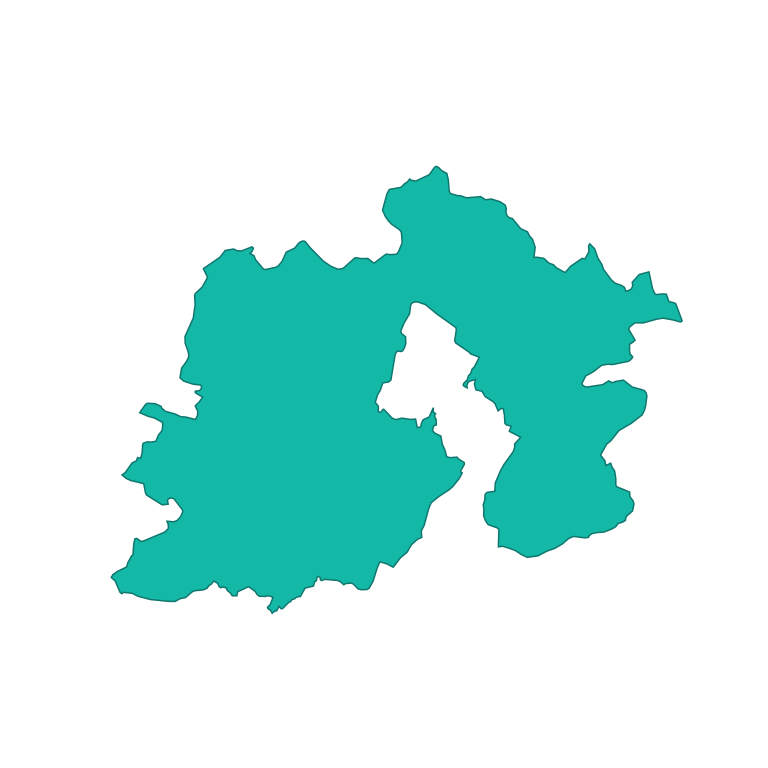 the district of Vi Xuyen, Hà Giang, Vietnam, rotated 79°
{"feature_id": "81297802B6357673458882", "entity_name": "Vi Xuyen", "entity_type": "district", "adm_level": 2, "iso_a3": "VNM", "parent_name": "Vietnam", "parent_adm1": "Hà Giang", "projection": "robinson", "projection_center": [104.991, 22.763], "detail": "fine", "context": "isolated", "style": "filled", "palette": "teal", "viewbox_px": 768, "rotation_deg": 79, "n_neighbors": 0, "source": "geoboundaries", "source_scale": "gbopen_adm2", "svg_char_len": 6160}
<svg xmlns="http://www.w3.org/2000/svg" viewBox="0 0 768 768"><g transform="rotate(79 384 384)"><path d="M486.2,324.2L485.1,325.3L483.7,325.2L478.3,320.5L476.4,320.2L471.7,325.3L469.7,326.3L468.9,333.3L467.4,336.3L460.3,336.8L454.1,338.3L445.9,338.1L442.4,343.0L439.0,345.4L434.5,343.1L434.1,340.4L428.6,339.6L425.0,340.7L422.9,339.0L420.9,341.0L416.7,340.1L425.0,346.0L426.6,352.4L429.8,354.8L432.8,356.0L433.3,356.7L433.0,359.7L424.4,359.7L423.8,364.9L420.9,373.0L421.2,379.3L418.8,382.7L408.7,389.1L408.9,390.1L410.9,392.1L410.7,394.2L409.6,394.8L404.8,393.8L400.4,396.1L393.4,392.4L389.3,388.7L382.7,385.0L382.9,379.2L381.5,376.5L358.2,367.8L355.4,366.2L354.2,364.4L355.3,361.4L355.1,359.4L352.3,357.0L348.5,354.9L341.8,353.8L337.8,357.2L335.1,357.4L327.8,352.5L320.1,345.6L311.5,342.7L309.7,340.8L309.3,337.5L310.2,334.7L314.0,328.1L325.2,318.9L342.3,302.7L344.7,302.7L355.1,306.4L357.6,305.6L369.4,294.0L370.9,293.4L375.9,285.3L384.4,292.0L386.3,294.8L389.8,296.6L392.2,299.6L395.8,301.5L398.5,305.5L399.8,306.4L401.1,306.2L403.7,303.1L401.1,302.9L398.3,301.0L397.5,298.7L397.1,293.2L401.2,295.3L407.3,294.9L409.8,289.2L415.8,287.0L422.3,280.1L424.7,278.7L432.2,277.1L430.7,274.5L430.6,272.2L431.2,271.7L437.0,271.7L445.9,272.8L447.5,271.6L449.7,267.3L454.4,270.0L462.3,260.0L467.8,267.2L471.1,267.8L475.1,270.1L485.8,281.5L491.4,286.2L502.3,293.6L510.5,295.8L510.0,303.4L511.6,305.8L517.3,307.3L521.6,309.7L526.3,309.9L532.2,311.3L537.5,310.5L541.9,308.6L546.9,300.2L548.9,299.0L565.7,302.8L566.0,298.3L569.0,292.7L572.3,287.2L578.0,281.2L581.5,276.4L582.1,265.7L579.2,256.2L578.0,248.0L575.1,239.6L571.0,232.3L570.2,229.3L569.9,226.6L573.3,216.5L573.6,212.6L572.0,211.4L570.6,208.6L570.4,204.1L571.3,196.3L569.8,188.1L568.3,183.8L565.6,180.7L565.1,175.9L563.8,173.0L561.0,171.9L559.8,170.7L556.0,164.2L549.4,161.5L546.3,161.8L541.5,164.1L536.9,163.5L529.2,175.3L527.1,175.7L521.1,174.5L513.5,174.2L508.9,176.1L505.0,176.6L506.4,181.9L501.5,181.8L495.1,185.0L485.5,176.9L483.0,172.2L474.5,162.2L469.9,149.0L463.6,136.5L458.9,133.0L454.9,131.2L445.8,128.2L442.7,128.4L440.0,129.7L434.3,140.9L425.9,148.2L425.7,155.7L426.3,159.7L423.8,162.8L426.4,169.6L425.7,185.1L425.0,187.2L423.2,189.2L421.2,189.6L414.5,184.4L412.0,176.4L407.2,166.8L407.3,160.2L408.5,156.1L408.4,140.3L407.7,138.0L405.7,135.2L404.8,134.7L401.7,136.6L398.5,136.7L391.8,135.3L390.4,131.5L388.8,129.2L376.9,133.4L375.0,132.1L372.3,127.0L372.0,125.1L373.5,117.9L372.4,103.9L372.6,97.6L376.1,88.4L379.7,81.2L379.0,79.3L361.2,82.2L360.1,83.0L357.4,88.6L349.7,89.7L348.7,93.5L348.2,99.6L347.3,100.8L342.0,102.2L324.5,102.5L325.2,112.5L331.5,120.9L335.2,121.1L337.9,123.1L339.0,126.4L338.9,129.0L335.1,129.5L332.6,132.0L329.0,138.1L325.1,141.0L313.5,146.6L308.3,147.3L301.2,150.0L291.5,151.4L285.6,155.3L287.7,156.9L293.2,157.6L299.0,162.3L299.5,163.1L298.5,165.5L304.1,178.5L308.9,184.4L308.5,185.8L302.9,192.5L299.3,194.9L296.8,199.0L291.1,203.2L288.6,210.2L288.4,212.7L278.6,209.5L270.3,210.6L266.6,212.9L262.0,214.1L257.6,220.2L246.1,226.4L244.7,229.2L242.8,230.9L238.6,231.6L235.5,230.5L231.6,230.8L227.2,235.3L222.9,243.3L222.6,249.0L218.5,253.4L217.0,267.5L214.1,272.3L212.9,276.3L209.7,282.5L207.1,283.2L195.8,281.9L189.3,282.1L185.5,286.7L181.6,289.3L180.3,291.5L181.3,293.5L187.2,299.6L190.8,314.0L189.4,318.0L187.7,319.7L190.0,322.3L191.2,325.4L194.2,329.8L194.0,341.6L198.0,344.9L213.1,352.3L220.1,350.6L224.8,348.5L228.8,345.9L235.4,339.4L238.4,338.0L248.9,339.2L256.9,344.5L259.0,346.9L258.3,352.7L256.9,357.2L263.3,370.3L262.8,371.6L257.7,375.8L256.6,382.4L254.7,387.3L254.8,388.8L262.6,401.9L262.8,405.8L262.1,408.0L258.2,413.8L251.7,420.2L235.9,430.6L229.0,434.2L228.2,436.0L228.4,438.4L229.5,441.0L233.5,445.5L235.9,454.8L244.2,460.7L247.8,465.2L248.8,468.0L249.0,478.6L248.1,480.4L237.6,486.3L233.1,487.2L230.4,490.6L229.0,488.5L226.2,486.5L225.4,486.4L224.2,487.6L226.2,498.5L225.1,502.9L222.8,505.8L222.6,514.4L228.2,520.7L236.3,539.3L245.6,536.8L254.1,543.9L259.2,552.0L260.9,553.0L270.1,554.3L282.8,558.6L299.4,570.3L306.1,571.4L314.6,570.1L318.6,570.1L320.7,570.9L324.2,573.6L329.9,579.7L339.0,583.1L343.0,580.0L347.7,571.5L350.0,564.3L351.0,563.8L352.9,563.8L354.8,565.5L355.3,566.8L355.0,570.4L355.7,571.0L356.9,570.6L362.2,564.5L366.1,568.5L369.5,573.5L375.2,572.0L379.6,573.2L382.8,576.0L378.6,584.9L377.4,589.6L373.6,594.8L368.9,604.1L364.8,607.0L363.4,607.1L359.6,612.4L357.8,619.7L358.4,621.8L365.5,629.3L370.7,621.7L373.5,616.0L379.6,608.6L385.3,609.9L387.7,611.1L390.9,615.0L396.7,618.9L396.5,624.7L395.6,626.8L396.1,631.4L397.2,632.4L405.6,634.6L410.5,637.1L409.2,639.9L412.1,641.7L413.6,646.6L421.5,654.8L423.3,658.5L427.5,655.0L430.4,651.1L435.9,638.9L445.3,638.9L447.8,638.2L460.3,624.8L460.8,618.8L456.7,618.7L455.5,617.4L455.3,614.5L456.5,612.1L469.2,605.8L471.1,606.0L475.4,608.9L478.6,613.3L479.1,616.9L477.3,623.2L480.7,622.6L483.7,623.0L485.2,623.8L487.6,627.8L492.3,650.4L492.1,652.7L488.4,656.1L488.5,658.1L493.4,660.2L503.7,663.0L504.5,664.6L510.7,669.6L514.5,671.5L516.9,680.9L519.3,686.3L521.8,688.7L526.0,685.5L538.3,682.8L539.8,681.4L538.8,679.6L541.4,671.1L545.4,666.0L551.0,654.4L556.2,637.1L557.6,630.7L555.8,625.0L555.8,619.6L551.5,612.1L550.8,609.5L551.6,600.8L550.8,596.8L548.7,594.5L547.3,591.4L544.8,588.7L548.1,585.2L551.2,584.6L552.9,583.1L552.4,581.3L554.0,577.8L556.8,577.2L560.0,574.6L562.9,573.4L563.8,568.9L560.0,567.2L557.1,555.6L563.1,550.0L566.3,548.8L568.6,546.9L569.9,541.0L569.7,538.1L572.2,533.6L578.9,537.9L580.9,541.0L582.6,540.7L584.3,538.7L587.7,537.5L586.2,534.7L586.2,532.6L582.2,529.5L585.0,527.8L585.1,526.4L580.4,519.5L579.8,517.3L578.1,515.6L577.8,512.7L576.5,510.5L576.6,506.6L569.3,500.4L568.9,491.8L565.2,489.9L563.9,487.7L561.3,486.9L560.3,485.2L562.0,483.4L563.7,483.9L565.0,483.1L564.5,479.2L568.0,467.0L570.1,464.2L573.4,461.8L572.6,459.7L573.2,454.1L574.7,452.1L580.1,448.7L581.6,445.6L582.5,439.8L581.6,437.5L575.4,432.3L563.1,425.7L557.8,422.0L561.1,415.5L565.6,409.9L557.7,401.0L553.5,393.4L546.9,387.7L542.8,380.7L541.8,376.2L535.4,375.5L530.5,371.6L514.9,363.9L509.6,360.4L505.0,351.8L500.2,340.2L497.8,336.1L491.3,328.3L486.2,324.2Z" fill="#14b8a6" stroke="#0f766e" stroke-width="1.5"/></g></svg>